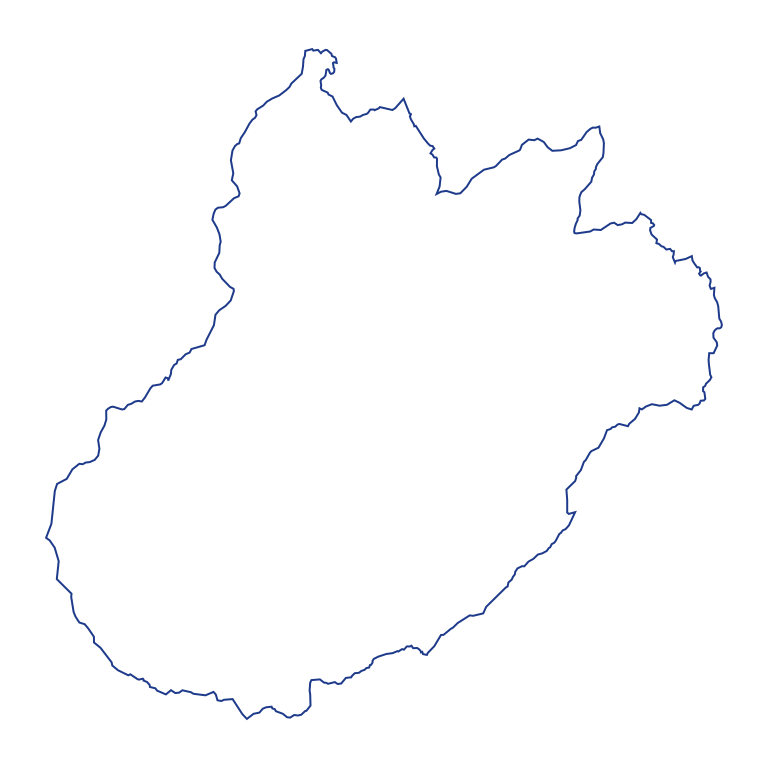 the district of Sao Lourenco Dos Orgaos, São Salvador do Mundo, Cabo Verde
{"feature_id": "66160863B72941798312267", "entity_name": "Sao Lourenco Dos Orgaos", "entity_type": "district", "adm_level": 2, "iso_a3": "CPV", "parent_name": "Cabo Verde", "parent_adm1": "São Salvador do Mundo", "projection": "equal_earth", "projection_center": [-23.584, 15.067], "detail": "fine", "context": "isolated", "style": "outline", "palette": "blue", "viewbox_px": 768, "rotation_deg": 0, "n_neighbors": 0, "source": "geoboundaries", "source_scale": "gbopen_adm2", "svg_char_len": 6055}
<svg xmlns="http://www.w3.org/2000/svg" viewBox="0 0 768 768"><path d="M336.7,62.9L336.0,58.6L335.0,57.2L332.1,56.1L331.3,53.7L326.9,50.0L325.5,49.9L322.3,51.6L320.9,53.2L318.0,49.9L313.3,50.6L312.2,49.1L305.3,50.9L304.9,55.9L303.5,59.2L303.0,66.5L301.7,73.8L291.4,83.5L289.5,87.0L286.2,90.1L279.2,95.5L272.4,98.4L266.7,101.8L263.3,105.5L257.1,109.4L255.6,111.4L256.5,115.1L255.1,117.7L252.4,119.7L249.6,123.4L244.9,132.0L240.7,138.3L239.2,143.4L237.3,144.0L235.0,146.0L232.5,150.5L230.9,160.3L233.3,173.3L231.8,180.3L237.1,186.3L239.6,193.4L238.6,196.3L234.0,198.2L225.8,205.8L223.2,207.2L218.0,207.7L215.4,209.6L213.6,213.9L212.4,219.8L216.9,227.6L219.5,234.4L220.7,241.7L219.7,245.2L219.3,252.9L214.7,262.5L214.5,267.9L216.6,271.7L219.7,274.5L222.2,278.8L230.0,286.9L233.5,288.8L233.9,291.0L230.7,300.5L225.6,305.9L219.3,310.2L215.5,314.7L213.9,325.2L206.4,340.0L204.6,345.2L191.5,349.0L189.6,352.6L185.6,354.3L180.8,359.2L177.8,359.9L176.6,363.5L174.1,365.0L171.3,369.8L170.9,374.0L168.2,380.6L168.0,378.3L165.6,377.5L162.1,383.1L160.3,384.4L152.7,385.7L150.4,388.3L144.9,397.6L141.8,401.5L138.2,400.9L134.8,401.6L131.5,403.7L127.8,404.9L124.4,409.0L122.1,409.5L113.2,406.7L110.9,407.0L108.1,408.7L106.2,410.6L106.3,419.6L104.4,425.7L100.7,432.4L98.1,440.0L99.4,448.7L98.2,455.6L94.7,459.9L89.7,462.1L85.8,462.5L82.7,464.2L79.3,463.8L72.4,469.3L66.7,478.9L57.1,483.9L54.8,491.1L51.4,523.8L46.1,537.8L49.7,540.4L54.7,547.7L58.7,561.2L56.8,579.1L71.5,593.7L71.2,597.0L73.6,611.9L75.5,616.6L79.3,622.5L84.7,624.2L88.2,628.4L93.9,636.7L94.0,642.5L100.5,647.8L111.6,662.3L112.3,665.5L117.9,670.2L128.3,675.3L130.3,674.3L137.6,679.2L138.9,679.6L142.9,678.7L143.6,679.6L143.5,680.6L146.9,681.9L149.5,684.7L150.0,687.0L155.3,688.3L157.2,690.7L165.9,694.4L171.0,690.2L175.2,693.0L179.0,692.7L182.4,690.3L190.9,692.2L193.5,693.8L205.5,695.3L213.5,691.9L215.8,694.5L217.5,700.3L221.5,701.0L223.9,699.8L232.6,699.1L242.4,714.2L246.9,718.9L253.6,713.8L259.4,712.6L262.8,708.7L266.1,707.3L271.6,706.7L272.4,708.5L274.7,709.1L275.9,711.2L282.9,713.8L287.0,717.2L290.1,717.6L294.2,715.0L297.9,715.5L301.3,714.7L305.2,711.0L306.4,710.8L310.5,705.6L310.2,694.5L309.6,690.5L310.2,682.7L311.4,680.1L319.9,679.4L324.0,682.6L326.2,682.8L328.0,683.8L334.9,682.1L337.6,684.0L341.2,683.5L345.9,677.9L351.3,677.3L351.8,676.1L354.8,673.2L359.0,672.8L361.4,670.9L364.5,669.9L366.3,668.1L369.2,667.5L369.9,665.1L371.1,664.8L372.5,662.6L372.6,660.8L373.7,659.0L378.1,656.7L386.3,654.0L392.7,653.1L397.5,651.1L398.4,651.5L402.1,649.1L403.9,649.7L406.9,646.4L409.9,646.5L411.4,645.7L413.2,648.2L417.2,648.0L419.1,649.3L420.7,651.1L421.0,652.4L422.3,651.9L423.0,654.1L426.9,654.9L427.8,652.9L434.3,646.2L441.0,635.0L443.6,634.8L450.7,628.9L452.9,627.7L457.7,623.0L469.7,615.4L473.1,615.8L483.2,613.4L486.2,606.8L505.7,587.6L507.6,586.5L508.4,582.5L511.8,579.5L512.9,576.9L514.8,574.5L515.3,571.6L517.5,568.4L522.0,566.2L524.3,566.3L528.5,561.6L533.3,558.9L537.8,554.6L542.4,553.3L546.8,550.9L548.7,548.2L550.2,547.2L551.7,544.1L554.3,542.7L555.8,540.7L559.4,533.8L560.8,533.0L562.7,530.4L565.6,529.1L569.0,525.3L575.1,512.2L568.8,513.9L567.2,512.5L567.2,500.0L566.4,489.6L575.1,481.1L576.2,477.9L576.1,476.1L580.9,470.0L583.9,461.9L585.7,460.1L590.0,452.6L591.4,451.1L598.5,447.7L604.0,438.3L607.0,430.2L610.6,429.0L612.2,427.3L615.2,426.7L617.6,424.5L619.5,424.0L628.0,426.2L629.3,423.7L635.0,418.9L638.9,412.5L639.5,408.3L641.9,409.4L646.0,406.5L651.9,404.2L659.6,405.7L666.9,404.8L674.4,400.3L679.6,402.8L686.7,407.9L691.7,409.5L693.7,405.8L698.2,404.8L699.5,403.6L700.7,400.7L703.9,400.5L705.3,398.9L704.4,392.2L703.1,391.2L703.1,387.4L705.2,385.9L706.0,383.7L709.9,380.0L711.4,377.2L710.2,374.8L708.9,364.1L708.6,359.9L709.2,353.2L713.6,353.2L717.2,345.6L716.8,342.3L713.5,337.7L713.3,333.2L714.5,330.7L715.9,329.3L717.4,328.3L719.7,328.3L721.2,327.3L721.9,325.0L721.1,321.7L719.3,318.6L718.2,306.1L717.0,301.9L714.8,298.2L713.9,295.0L714.4,287.8L711.0,288.9L710.5,288.1L709.6,285.5L710.6,281.8L710.5,279.4L708.0,276.7L706.6,272.5L703.8,273.4L700.9,275.6L700.1,275.3L699.1,273.6L700.7,271.5L700.1,270.8L699.9,268.2L698.8,267.3L697.2,267.4L694.5,263.7L692.5,260.5L691.8,256.1L685.6,259.0L675.5,261.0L675.0,262.6L672.8,257.2L673.6,254.6L673.9,251.2L672.0,251.2L670.1,248.9L666.3,249.5L663.5,246.8L661.5,246.3L659.0,244.0L656.4,243.2L657.0,239.5L651.6,234.6L650.1,230.3L650.4,227.9L653.8,226.0L654.2,224.9L652.7,223.2L651.1,222.9L651.1,220.1L644.2,214.8L641.3,214.2L640.4,212.9L636.4,219.1L632.2,223.0L625.2,222.6L622.0,224.3L617.7,225.1L614.1,222.7L610.5,223.5L600.8,230.0L593.7,229.5L590.2,231.5L576.7,233.4L574.6,233.1L574.1,231.8L574.6,227.9L575.9,223.7L577.6,220.2L577.6,218.5L579.7,215.5L580.4,210.3L579.3,201.7L579.4,197.6L580.0,195.3L581.4,192.1L584.8,189.2L591.3,181.7L592.1,177.6L593.9,174.6L594.3,171.3L595.9,168.9L595.9,167.2L597.3,164.1L602.8,157.2L603.5,152.9L603.9,143.2L603.2,139.3L600.2,133.2L599.3,126.5L595.8,127.7L592.6,127.7L590.3,128.9L586.6,132.1L581.2,139.9L578.0,141.0L576.0,145.1L569.9,148.2L561.1,150.3L552.3,150.8L547.6,147.2L543.8,142.0L537.6,138.6L534.4,140.2L528.6,139.6L521.9,144.9L520.1,149.7L519.0,150.6L509.3,155.0L505.1,158.6L502.1,159.6L496.1,165.9L493.9,167.3L484.0,169.7L471.7,178.7L466.7,186.8L460.3,193.3L455.9,193.9L446.4,190.9L441.1,191.7L436.6,194.0L439.6,186.5L440.6,177.5L438.8,174.3L436.9,166.2L437.0,158.8L436.4,157.6L434.1,157.4L432.5,154.6L430.5,153.4L432.5,150.0L434.3,148.6L432.6,146.1L430.1,145.6L428.0,143.5L423.8,138.4L415.8,125.9L414.3,126.3L413.8,124.2L410.9,119.3L409.9,116.2L410.9,114.6L410.7,113.8L409.5,113.5L403.6,98.7L395.2,108.2L392.4,110.0L379.9,107.1L378.5,108.5L374.6,110.2L373.9,109.5L370.3,109.6L368.1,112.8L366.7,113.9L362.8,115.0L360.2,116.6L356.1,117.1L353.2,118.7L350.9,121.5L346.4,114.9L342.0,112.7L336.8,105.2L332.5,96.5L328.5,94.5L327.7,92.6L321.7,89.9L320.8,87.8L321.2,85.1L320.5,81.0L321.3,79.4L323.9,77.6L325.5,75.5L326.4,69.9L327.9,69.2L328.7,69.8L329.9,72.9L331.0,73.9L333.0,73.3L334.2,71.8L334.4,68.7L333.6,67.6L333.0,63.0L334.0,62.3L336.7,62.9Z" fill="none" stroke="#1e3a8a" stroke-width="2"/></svg>